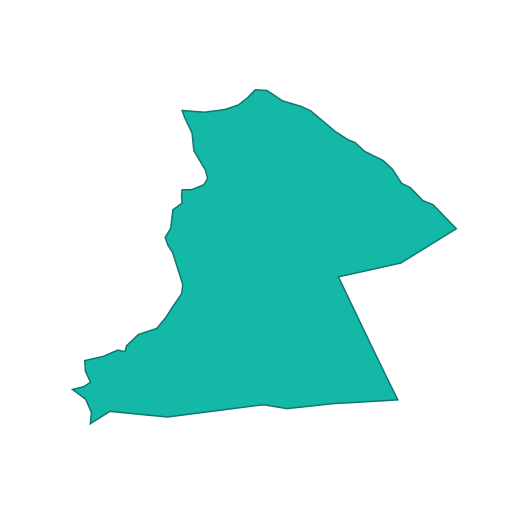 the district of Luís Gomes, Rio Grande do Norte, Brazil, rotated 81°
{"feature_id": "56859067B37861563649073", "entity_name": "Luís Gomes", "entity_type": "district", "adm_level": 2, "iso_a3": "BRA", "parent_name": "Brazil", "parent_adm1": "Rio Grande do Norte", "projection": "natural_earth1", "projection_center": [-38.413, -6.378], "detail": "fine", "context": "isolated", "style": "filled", "palette": "teal", "viewbox_px": 512, "rotation_deg": 81, "n_neighbors": 0, "source": "geoboundaries", "source_scale": "gbopen_adm2", "svg_char_len": 1015}
<svg xmlns="http://www.w3.org/2000/svg" viewBox="0 0 512 512"><g transform="rotate(81 256 256)"><path d="M159.3,140.6L155.8,146.7L145.0,158.7L121.2,179.3L115.2,188.3L106.9,205.5L94.2,219.4L91.7,230.7L98.5,239.8L104.0,249.6L106.5,264.2L105.9,284.4L103.9,293.0L100.7,306.2L108.4,304.7L124.5,299.9L142.3,300.9L163.6,292.4L172.0,291.7L177.5,296.5L180.4,309.0L179.1,318.6L185.3,320.2L192.3,320.8L197.3,330.8L215.3,335.9L223.5,342.8L231.8,341.2L239.7,337.8L266.5,333.7L273.0,332.8L281.7,335.4L292.5,345.7L302.5,354.6L312.0,365.3L315.1,384.3L324.4,397.9L330.0,400.4L327.3,407.3L331.3,422.7L332.5,441.5L343.0,442.5L354.8,439.2L358.1,446.6L359.1,458.1L370.9,446.6L384.8,443.0L395.7,445.9L386.6,424.6L394.7,393.8L401.2,368.5L403.8,278.5L404.2,271.4L411.6,249.3L413.9,202.3L415.8,184.3L420.3,138.4L395.1,146.3L387.3,148.6L375.3,152.3L289.5,177.9L285.6,114.1L260.4,53.9L233.1,73.1L227.4,82.5L212.5,93.0L207.0,100.8L191.7,107.6L181.6,115.5L169.6,132.4L159.3,140.6Z" fill="#14b8a6" stroke="#0f766e" stroke-width="1.5"/></g></svg>